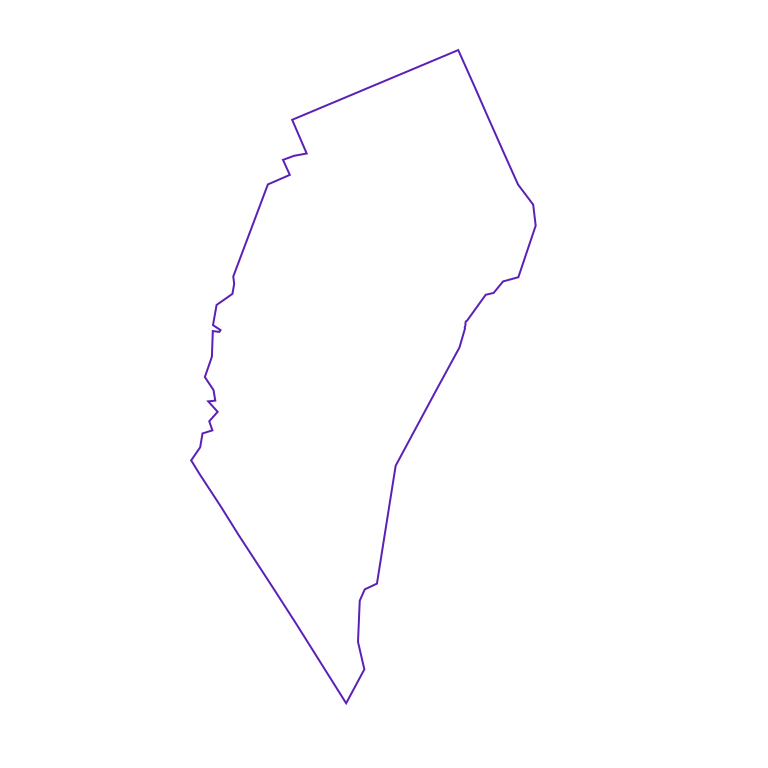 DeKalb, Alabama, United States of America (Natural Earth projection), rotated 157°
{"feature_id": "52423323B14233481639127", "entity_name": "DeKalb", "entity_type": "district", "adm_level": 2, "iso_a3": "USA", "parent_name": "United States of America", "parent_adm1": "Alabama", "projection": "natural_earth1", "projection_center": [-85.762, 34.53], "detail": "fine", "context": "isolated", "style": "outline", "palette": "violet", "viewbox_px": 768, "rotation_deg": 157, "n_neighbors": 0, "source": "geoboundaries", "source_scale": "gbopen_adm2", "svg_char_len": 922}
<svg xmlns="http://www.w3.org/2000/svg" viewBox="0 0 768 768"><g transform="rotate(157 384 384)"><path d="M185.2,662.4L365.3,663.1L365.1,626.4L377.7,629.2L389.4,629.8L389.0,613.3L412.9,613.1L480.7,541.9L482.8,534.7L488.3,526.2L507.2,522.2L518.4,505.0L513.4,497.5L515.2,496.3L520.9,499.6L531.8,476.3L546.2,460.4L543.3,445.0L545.8,434.6L552.6,436.7L548.0,423.4L559.4,418.0L560.1,408.4L570.4,409.4L577.9,397.6L591.4,389.0L591.2,388.2L589.0,373.5L582.0,334.5L577.3,304.8L577.2,303.8L572.4,277.0L564.7,233.6L564.7,233.4L558.6,198.1L543.6,104.9L513.6,129.0L508.7,156.8L491.0,194.0L481.9,202.5L468.5,203.0L405.2,304.2L339.7,356.8L300.3,388.1L287.7,403.5L287.7,404.3L285.9,406.5L285.5,407.6L284.8,409.0L284.0,409.7L282.8,409.8L281.4,410.7L255.5,426.4L247.5,425.0L234.3,431.9L218.6,429.8L182.5,470.5L176.6,490.8L182.7,515.3L183.4,550.0L184.1,593.2L184.4,621.0L185.2,662.4Z" fill="none" stroke="#5b21b6" stroke-width="2"/></g></svg>